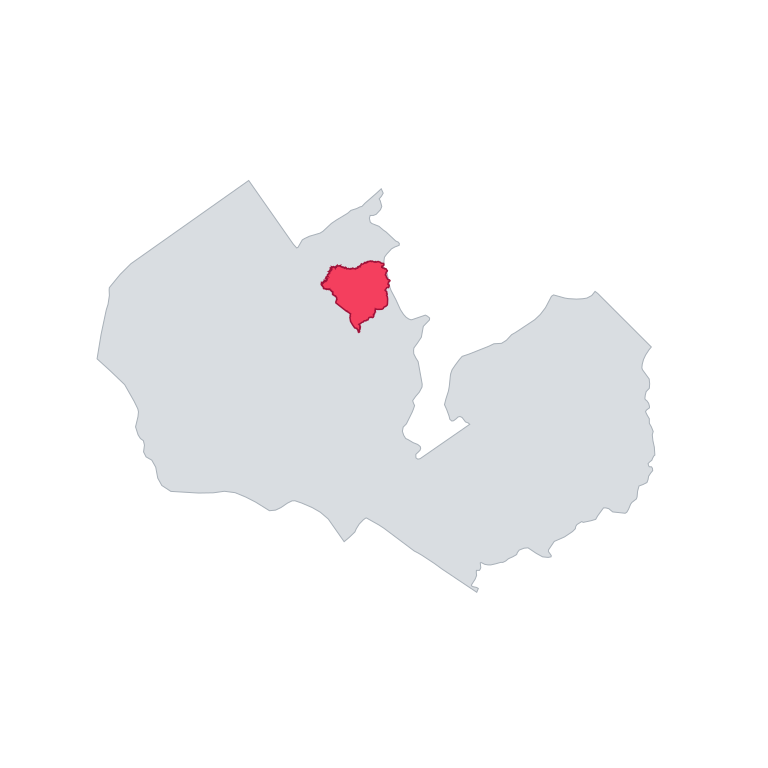 Kalumbila, North-Western, Zambia shown in context, rotated 55°
{"feature_id": "96606910B30237809157373", "entity_name": "Kalumbila", "entity_type": "district", "adm_level": 2, "iso_a3": "ZMB", "parent_name": "Zambia", "parent_adm1": "North-Western", "projection": "natural_earth1", "projection_center": [25.402, -12.363], "detail": "fine", "context": "in_parent", "style": "filled", "palette": "rose", "viewbox_px": 768, "rotation_deg": 55, "n_neighbors": 0, "source": "geoboundaries", "source_scale": "gbopen_adm2", "svg_char_len": 9460}
<svg xmlns="http://www.w3.org/2000/svg" viewBox="0 0 768 768"><g transform="rotate(55 384 384)"><path d="M490.3,507.1L462.6,507.1L452.5,509.7L444.2,513.6L434.3,519.7L428.6,523.9L427.0,526.3L426.2,531.4L426.1,539.4L425.1,545.2L422.1,550.5L407.1,556.9L397.3,562.1L387.6,568.3L380.3,576.3L375.3,586.1L367.0,598.4L349.7,620.2L339.7,624.2L331.3,623.3L321.2,618.7L313.2,617.9L307.2,620.7L301.7,619.9L296.7,615.3L292.4,613.6L289.0,614.8L284.6,614.6L276.6,612.1L269.7,604.3L266.0,601.1L263.1,599.9L254.8,598.6L235.8,596.8L216.1,600.7L198.8,604.6L181.1,587.3L164.0,569.0L160.4,564.3L154.0,558.2L149.3,555.2L147.5,553.7L142.9,537.3L140.3,522.3L139.7,378.1L217.5,378.1L222.5,377.5L222.7,376.0L219.1,368.3L219.3,365.5L220.2,360.3L223.7,349.9L223.9,346.4L222.3,335.0L222.4,328.7L223.3,315.9L222.8,311.5L224.6,305.8L225.2,301.9L225.9,300.3L225.0,295.9L223.4,280.7L222.5,274.3L227.2,275.2L228.7,278.4L229.6,281.8L231.8,282.0L237.3,284.0L239.2,286.9L240.5,293.0L239.8,296.1L238.0,298.6L239.8,300.9L243.5,302.4L245.6,301.9L251.9,297.7L257.7,296.2L260.6,295.1L273.5,292.4L276.1,290.9L277.8,290.9L279.1,292.1L278.0,296.4L277.6,300.3L279.2,307.5L280.4,310.9L283.1,313.4L285.0,314.7L287.2,317.3L291.7,316.8L301.5,320.5L304.5,322.2L308.7,323.9L311.6,324.6L321.8,325.9L332.5,327.9L338.1,328.1L342.0,327.6L344.8,326.5L346.5,325.4L347.3,324.4L351.3,310.6L353.4,309.5L356.1,308.8L357.6,310.0L359.3,318.7L367.1,326.6L369.7,333.2L371.6,338.8L373.3,340.4L376.3,342.3L381.0,343.0L385.2,343.2L406.0,352.8L408.3,354.6L410.9,359.7L412.4,365.5L414.1,370.1L416.8,370.9L419.2,371.3L421.5,374.4L423.3,377.2L429.5,388.5L430.3,393.0L433.3,396.1L437.4,397.3L441.1,397.5L443.3,396.2L448.7,393.8L452.8,391.1L455.9,390.2L457.7,390.8L459.0,392.6L459.9,398.3L462.8,400.2L465.0,399.4L465.9,397.2L465.9,396.1L466.2,336.9L464.3,337.3L461.8,339.0L456.3,339.2L454.2,340.4L453.5,342.3L453.9,344.8L454.0,348.1L453.2,349.7L450.7,350.3L447.3,349.0L440.9,347.3L435.6,346.3L431.8,341.9L426.7,335.2L423.3,331.8L415.2,324.8L413.8,323.4L411.4,320.1L409.3,314.6L407.2,308.2L406.2,304.1L408.1,297.8L413.0,277.3L414.1,270.9L418.1,264.4L418.4,258.6L416.8,251.2L417.2,247.0L417.8,223.6L416.7,216.1L414.1,207.9L408.2,196.5L408.3,194.0L417.3,186.6L420.0,183.8L424.8,177.7L428.0,172.6L430.0,168.5L430.7,163.1L429.2,158.0L432.3,157.0L507.0,143.8L508.0,147.3L510.3,153.1L512.8,157.4L516.0,161.2L518.7,163.5L520.5,164.1L532.0,163.9L536.1,166.2L539.7,169.1L540.6,173.6L543.0,176.4L545.5,178.6L546.6,178.9L548.5,178.3L551.6,178.3L554.4,179.3L555.8,180.2L555.9,184.0L556.7,185.7L560.6,186.3L564.6,186.6L568.4,189.2L572.5,189.6L577.3,190.7L579.5,193.4L584.6,196.2L590.8,198.8L597.6,202.9L597.7,204.2L598.9,206.6L600.1,208.4L600.2,211.0L600.7,213.4L602.5,214.0L603.9,214.2L605.3,212.4L607.1,212.5L609.1,213.6L609.8,216.3L611.3,220.1L613.8,222.6L615.5,225.1L614.9,229.5L613.8,233.6L617.2,237.7L621.7,241.5L622.9,243.2L623.2,248.9L623.9,250.9L626.9,255.6L628.3,258.7L628.2,260.6L620.0,270.0L615.0,271.4L612.8,273.3L611.4,275.3L614.6,284.7L616.3,288.2L614.8,292.7L611.6,300.2L610.1,300.9L609.8,306.6L610.7,308.7L612.3,310.3L613.0,314.2L612.8,323.8L610.6,334.8L614.2,344.3L615.5,345.4L620.5,345.4L621.4,346.3L620.2,349.0L616.6,353.2L610.1,356.4L600.8,360.0L598.8,363.5L597.6,368.5L598.6,371.5L599.8,373.2L599.4,377.6L598.5,382.2L598.8,385.8L598.3,389.0L597.1,390.6L595.4,395.5L593.4,400.4L591.8,402.6L589.5,404.9L585.8,406.9L585.8,407.8L590.0,410.1L591.0,411.7L591.4,412.7L589.7,415.2L591.6,416.7L593.9,417.9L596.1,421.2L598.6,427.3L599.0,427.9L599.7,428.0L601.1,427.3L603.7,424.9L605.6,424.0L607.8,427.5L568.9,442.6L559.8,445.7L546.2,451.1L541.8,453.1L538.2,455.0L502.1,466.8L496.4,469.1L483.7,475.2L483.3,476.2L483.4,478.9L484.5,484.6L486.7,489.8L488.5,492.7L489.7,500.4L490.3,507.1Z" fill="#d9dde1" stroke="#a8b0b8" stroke-width="1"/><path d="M286.5,315.8L285.5,315.3L285.0,315.2L283.7,316.8L283.3,317.0L283.0,317.0L282.4,317.4L282.0,317.3L281.2,317.9L281.0,318.1L280.6,318.2L280.3,318.6L280.2,319.1L279.8,319.4L279.9,320.2L279.7,320.5L279.1,320.7L279.2,320.9L278.9,321.1L279.0,321.6L278.6,321.9L278.5,321.7L278.3,322.2L277.3,322.7L276.9,323.2L276.7,323.1L276.2,323.8L276.3,324.1L275.6,324.3L275.5,324.6L275.4,324.8L275.5,325.1L275.1,325.5L274.9,326.0L275.0,326.2L274.6,326.8L274.7,327.1L274.4,327.0L274.2,327.3L274.4,328.0L274.2,328.3L274.6,329.0L274.5,329.5L273.8,329.6L273.8,330.3L273.5,330.4L273.8,330.7L273.6,331.3L273.7,332.5L273.4,333.0L272.9,333.6L272.7,333.6L272.8,334.2L273.4,334.7L273.4,335.1L273.7,335.2L273.7,335.5L273.5,335.4L273.5,335.7L273.6,336.3L273.6,336.6L273.8,336.6L273.6,336.8L273.6,337.1L273.4,337.0L273.4,337.3L273.0,337.8L273.0,338.3L273.3,338.4L273.7,338.2L273.9,338.9L273.7,339.0L273.8,339.6L273.5,340.2L273.2,340.3L273.3,340.6L273.1,340.5L273.0,340.8L273.0,341.0L272.9,341.8L272.0,342.7L271.7,342.6L271.8,342.7L271.6,342.9L271.6,343.1L271.3,343.2L271.3,343.3L271.1,343.2L271.0,343.5L271.1,343.8L270.8,344.5L270.7,345.0L270.8,345.1L270.6,345.3L270.6,345.7L270.3,346.0L270.1,345.9L270.1,346.1L270.0,346.3L269.8,346.6L268.9,346.9L268.4,348.4L268.1,348.4L268.0,348.5L267.5,348.4L267.5,348.5L267.2,348.5L267.3,348.6L267.1,348.5L266.9,349.0L266.6,349.5L266.5,349.4L266.5,349.6L266.1,349.7L266.2,350.0L265.9,350.0L265.9,349.8L265.4,349.9L265.4,350.2L265.1,350.2L265.0,350.6L264.6,350.7L264.6,351.1L264.0,351.2L264.0,351.5L263.1,351.7L262.9,352.1L262.5,352.0L262.2,352.5L261.9,352.6L261.8,352.3L261.7,352.7L261.5,352.9L261.3,353.0L261.2,353.5L261.0,354.2L260.7,354.3L260.6,354.6L260.9,354.9L260.0,354.4L260.1,355.0L260.7,355.7L260.6,356.1L260.8,356.2L260.5,356.4L260.7,356.8L260.0,356.4L260.3,356.8L260.0,357.2L260.6,357.5L260.1,357.6L259.9,357.4L259.9,357.7L259.3,358.2L259.7,358.6L259.0,358.3L259.0,358.6L258.7,358.6L258.6,358.9L258.8,359.1L258.5,359.3L258.9,359.3L258.9,359.6L258.6,359.8L258.6,360.3L258.6,360.8L258.9,360.8L258.6,361.1L258.3,360.9L258.4,361.2L258.2,361.4L258.8,361.7L258.8,361.3L259.0,361.4L259.1,362.0L259.3,362.0L259.5,362.5L259.8,361.7L259.8,361.2L260.1,361.2L260.1,361.7L260.5,361.8L260.4,362.3L260.2,362.5L260.4,362.7L260.7,362.4L260.8,362.7L260.4,363.2L260.7,363.4L260.5,363.9L260.8,363.8L260.8,364.2L261.0,364.3L260.7,364.7L261.0,364.6L261.4,365.0L261.9,364.9L261.9,365.1L262.1,365.6L261.9,365.9L262.7,366.3L262.4,366.3L261.9,367.4L262.4,367.9L262.9,368.0L263.0,368.2L263.6,368.2L263.0,368.6L263.1,368.9L263.5,369.4L263.3,369.5L263.2,370.0L263.8,370.1L263.7,370.6L264.0,370.7L264.0,371.1L264.4,370.9L264.7,371.0L264.8,370.7L265.1,370.4L265.1,370.8L265.6,370.8L265.4,371.5L265.5,371.7L265.7,371.4L265.9,371.6L266.2,371.6L265.8,372.3L266.0,372.5L266.5,372.4L266.6,372.8L266.2,372.9L265.9,372.7L264.7,373.4L265.0,373.7L265.7,373.8L266.0,374.0L265.6,374.7L266.2,374.9L266.1,375.5L266.4,375.7L266.5,376.1L266.3,376.2L266.1,376.0L265.7,376.3L265.6,376.2L265.7,375.9L264.9,376.9L265.4,377.2L266.0,377.1L265.8,377.6L265.9,377.8L266.1,377.4L266.7,377.5L267.1,378.1L267.4,378.0L267.5,378.3L267.8,378.1L268.4,378.1L268.8,378.4L269.2,378.1L270.0,378.2L270.4,378.4L270.5,378.2L270.7,378.3L270.9,378.7L271.3,378.7L271.8,377.9L272.4,377.7L272.5,377.2L272.7,376.9L273.0,376.7L273.1,376.9L273.4,376.5L273.6,376.6L273.7,376.1L274.1,375.9L274.1,375.5L274.6,375.2L274.8,374.9L274.6,374.8L274.9,374.5L275.1,374.6L275.1,374.4L275.2,374.5L275.7,374.2L276.3,373.8L276.6,373.9L276.7,373.7L278.0,373.9L278.1,373.6L278.5,373.5L278.8,373.1L279.4,373.1L279.5,373.3L279.9,373.9L280.3,374.2L280.8,374.1L281.1,374.7L281.6,374.6L281.6,374.3L282.0,374.1L282.6,374.2L283.0,374.1L284.0,373.2L284.5,373.6L285.3,373.2L286.3,373.3L286.9,373.8L287.8,374.1L287.9,374.8L288.5,375.2L288.7,375.9L289.9,376.9L302.6,373.1L302.7,372.7L303.0,372.8L303.2,372.6L303.6,372.6L303.7,372.2L303.9,372.1L304.0,371.7L304.0,372.1L304.8,372.2L305.2,371.8L306.1,371.7L307.3,371.1L308.4,372.4L309.2,372.6L309.7,373.6L313.6,375.5L317.6,375.8L321.3,375.8L322.9,374.3L323.7,374.6L324.7,374.4L325.3,374.7L325.9,374.7L326.5,375.2L327.3,375.0L327.2,374.1L326.7,374.3L325.7,372.9L325.5,373.2L325.3,373.0L325.2,372.1L324.4,371.9L324.5,371.3L324.3,371.1L323.7,371.2L323.5,370.7L323.2,370.9L322.7,370.6L322.8,370.4L322.5,370.2L321.5,370.3L321.2,370.1L320.7,370.3L320.7,369.8L321.1,368.7L320.8,367.4L320.9,366.6L321.3,365.2L320.9,364.4L320.9,363.8L321.9,362.6L321.6,361.7L322.3,360.5L321.0,358.2L321.2,357.5L321.6,357.1L321.7,356.2L322.4,355.7L322.5,355.8L322.8,355.6L323.1,355.1L323.1,354.5L322.6,353.5L322.0,353.3L322.0,353.0L321.6,352.8L321.1,352.7L321.1,352.8L320.9,352.7L320.9,352.4L321.1,352.3L321.2,352.0L321.1,351.5L320.3,350.7L319.9,350.0L320.0,349.6L318.8,349.3L318.8,349.0L318.5,348.7L318.2,348.7L317.7,348.2L317.9,348.2L318.4,347.1L318.9,346.9L321.2,343.5L321.7,342.3L321.7,341.3L321.2,340.5L321.0,339.4L321.3,338.9L321.2,338.5L321.4,337.6L321.1,336.0L320.3,335.2L316.5,332.3L314.4,331.2L312.8,331.0L312.6,330.3L312.2,329.8L311.8,329.7L311.6,329.9L311.2,329.9L310.3,328.9L309.7,329.0L309.3,328.9L308.8,329.2L308.4,329.1L308.1,329.3L307.7,329.3L307.2,327.6L306.7,326.7L306.8,325.7L307.5,325.2L307.2,324.2L306.0,323.1L304.8,323.6L304.5,323.5L303.8,322.8L303.5,322.0L303.0,321.8L302.9,319.9L302.0,319.8L301.6,320.0L300.6,320.9L300.2,321.0L298.9,320.6L298.4,320.9L298.0,320.8L296.9,320.2L295.7,320.4L295.2,320.1L295.1,319.5L294.5,319.1L294.4,318.7L293.8,318.4L293.6,317.9L293.7,317.5L293.4,316.6L293.0,316.2L292.5,316.4L291.6,316.3L291.0,316.4L290.7,316.3L290.3,316.7L290.3,317.1L290.0,317.4L289.0,317.6L288.2,318.5L287.4,318.4L287.1,318.9L286.5,318.5L286.2,318.1L286.7,317.2L286.5,315.8Z" fill="#f43f5e" stroke="#9f1239" stroke-width="1.5"/></g></svg>